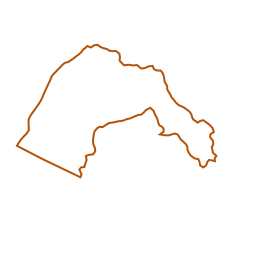 Rio Novo do Sul, Espírito Santo, Brazil (Mercator projection), rotated 117°
{"feature_id": "56859067B31153561373586", "entity_name": "Rio Novo do Sul", "entity_type": "district", "adm_level": 2, "iso_a3": "BRA", "parent_name": "Brazil", "parent_adm1": "Espírito Santo", "projection": "mercator", "projection_center": [-40.93, -20.784], "detail": "fine", "context": "isolated", "style": "outline", "palette": "amber", "viewbox_px": 256, "rotation_deg": 117, "n_neighbors": 0, "source": "geoboundaries", "source_scale": "gbopen_adm2", "svg_char_len": 2099}
<svg xmlns="http://www.w3.org/2000/svg" viewBox="0 0 256 256"><g transform="rotate(117 128 128)"><path d="M112.6,36.7L111.5,41.1L108.8,43.2L106.9,44.7L104.4,44.5L102.2,45.5L100.4,47.2L99.2,50.4L96.1,51.8L92.7,49.7L89.8,52.5L88.5,55.6L87.9,58.0L87.5,60.5L86.9,64.6L89.0,66.9L91.6,68.4L91.1,70.9L90.8,73.8L88.9,76.2L86.8,78.0L85.5,80.8L84.8,84.2L84.3,88.4L84.6,93.2L83.5,97.1L82.0,100.2L80.9,103.1L79.3,105.1L77.7,107.6L75.8,110.5L72.8,112.3L70.1,116.4L67.5,118.2L65.3,119.8L63.4,122.0L62.0,124.9L63.7,128.6L63.7,131.6L61.5,134.3L63.8,137.7L67.1,140.3L69.0,143.2L68.5,145.7L67.8,148.4L70.0,152.0L71.5,156.4L73.9,159.9L73.1,162.7L71.8,166.1L68.6,167.3L65.7,169.4L64.9,173.8L66.7,176.9L67.6,179.7L67.2,182.7L68.0,186.2L68.3,189.1L67.7,192.9L69.6,195.7L73.1,197.6L73.4,201.4L75.8,202.3L78.5,203.6L81.4,204.0L84.9,205.3L87.8,206.8L90.9,208.2L96.1,211.0L98.7,213.9L101.8,215.2L104.4,215.9L108.1,217.1L111.2,218.0L113.4,218.8L115.7,219.3L118.1,219.3L121.3,219.0L124.2,219.0L128.3,218.8L131.1,218.8L133.4,218.6L136.0,218.5L138.8,218.3L141.4,218.1L144.0,218.1L146.7,218.4L150.4,218.9L155.6,219.7L158.0,220.1L161.4,220.5L165.3,220.5L169.4,218.5L172.0,217.0L175.2,215.3L179.4,215.9L182.7,217.0L186.7,218.1L191.4,218.7L194.3,218.9L194.5,190.2L193.5,148.1L190.3,148.4L187.1,152.5L184.4,151.9L182.6,149.2L178.6,149.9L175.3,150.4L172.1,152.8L169.7,150.8L167.5,147.3L163.7,146.6L160.8,148.4L158.6,151.1L155.8,153.2L152.7,154.4L149.6,155.5L146.2,156.3L142.6,155.5L139.8,154.0L138.7,151.0L135.1,149.0L131.9,146.9L130.6,144.8L128.7,142.4L126.5,139.8L123.8,135.8L121.1,133.5L119.4,131.5L117.7,129.8L114.8,127.5L112.0,125.0L110.0,122.3L107.2,121.0L103.7,120.1L99.9,117.3L101.1,113.0L103.6,110.2L105.2,107.9L106.8,105.8L109.5,103.4L111.4,101.4L111.4,98.7L112.5,95.9L115.2,94.6L119.2,96.6L117.7,91.8L116.1,88.4L113.8,86.1L111.8,83.9L111.2,81.0L112.6,78.4L114.2,75.9L115.3,71.9L116.1,69.1L117.5,66.9L120.9,64.7L123.8,60.4L124.5,57.5L124.8,54.5L123.8,51.2L125.6,49.0L128.5,46.8L129.0,43.0L125.8,41.4L122.4,41.9L119.7,41.3L118.8,38.7L118.1,35.5L116.0,36.9L112.6,36.7Z" fill="none" stroke="#b45309" stroke-width="2"/></g></svg>